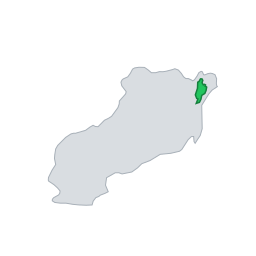 location of Delvinë, Vlorë, Albania, rotated 240°
{"feature_id": "67620474B1879164611880", "entity_name": "Delvinë", "entity_type": "district", "adm_level": 2, "iso_a3": "ALB", "parent_name": "Albania", "parent_adm1": "Vlorë", "projection": "robinson", "projection_center": [20.095, 39.973], "detail": "fine", "context": "in_parent", "style": "filled", "palette": "green", "viewbox_px": 256, "rotation_deg": 240, "n_neighbors": 0, "source": "geoboundaries", "source_scale": "gbopen_adm2", "svg_char_len": 1787}
<svg xmlns="http://www.w3.org/2000/svg" viewBox="0 0 256 256"><g transform="rotate(240 128 128)"><path d="M82.7,79.0L82.9,75.6L83.7,70.3L83.3,68.5L83.8,65.4L82.1,61.3L79.3,58.4L82.0,53.2L86.0,46.9L89.6,41.9L94.0,36.6L96.9,31.6L100.1,27.4L102.8,26.0L104.1,26.9L104.8,28.8L104.7,34.4L105.6,36.3L107.5,37.7L111.4,37.0L115.8,35.6L121.7,32.7L122.7,32.9L124.9,34.4L129.4,41.1L132.5,47.1L138.4,49.1L141.7,51.4L146.0,54.9L148.1,58.5L151.0,69.2L151.4,75.7L150.5,78.7L149.8,79.5L147.2,90.1L147.8,95.5L147.8,99.1L145.6,100.5L144.1,102.7L146.5,111.5L146.2,115.3L146.3,119.6L150.7,129.5L153.3,132.5L155.7,134.0L158.7,143.0L160.4,144.6L167.6,143.7L171.2,144.8L172.6,146.9L172.9,148.4L172.4,153.4L174.2,157.4L176.7,161.4L176.7,163.8L175.1,167.9L172.2,172.6L168.4,174.4L164.2,175.9L162.1,179.5L161.1,183.4L159.3,186.3L158.1,189.4L156.3,195.9L155.9,198.2L153.0,200.6L148.6,201.5L144.6,201.7L141.9,202.8L140.6,205.0L138.1,206.8L136.5,207.6L136.5,209.6L138.4,213.7L140.5,217.1L140.5,219.7L139.5,220.5L136.3,220.1L135.6,221.1L135.2,224.1L134.3,226.7L133.0,228.3L130.7,230.0L126.4,229.4L122.4,226.8L120.3,226.0L119.2,226.1L118.8,219.9L117.1,215.0L110.8,203.2L90.3,191.9L85.4,186.8L83.3,182.5L81.2,178.5L83.2,178.4L85.3,179.4L87.8,180.6L88.9,178.6L87.8,174.2L82.5,163.9L82.1,161.0L84.7,152.4L89.1,142.7L88.8,130.9L90.2,122.1L88.7,116.3L88.0,109.3L91.2,99.9L93.9,97.6L95.6,94.6L95.7,84.6L89.7,79.9L82.7,79.0Z" fill="#d9dde1" stroke="#a8b0b8" stroke-width="1"/><path d="M115.2,199.4L114.5,202.7L116.4,205.5L119.4,208.2L119.5,211.8L121.4,214.3L124.1,216.6L124.8,216.3L125.5,215.7L126.5,216.7L127.5,216.2L127.7,214.8L130.2,214.8L131.9,216.6L133.6,216.6L134.3,215.3L132.8,212.8L132.8,211.3L127.6,208.0L123.0,202.9L119.3,202.3L118.2,203.1L115.2,199.4Z" fill="#22c55e" stroke="#15803d" stroke-width="1.5"/></g></svg>